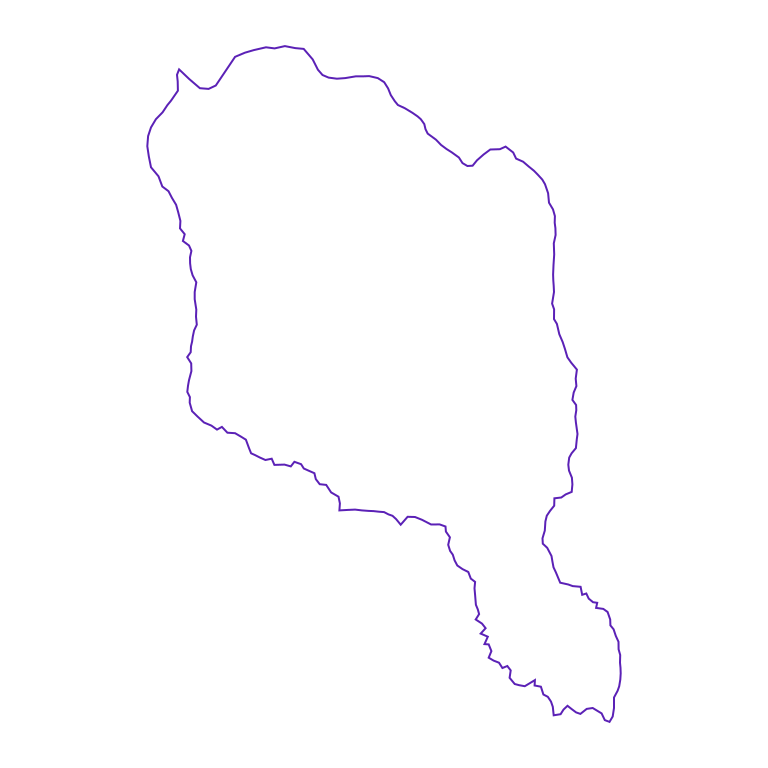 outline of Alexânia, Goiás, Brazil
{"feature_id": "56859067B77264834644366", "entity_name": "Alexânia", "entity_type": "district", "adm_level": 2, "iso_a3": "BRA", "parent_name": "Brazil", "parent_adm1": "Goiás", "projection": "robinson", "projection_center": [-48.46, -16.12], "detail": "fine", "context": "isolated", "style": "outline", "palette": "violet", "viewbox_px": 768, "rotation_deg": 0, "n_neighbors": 0, "source": "geoboundaries", "source_scale": "gbopen_adm2", "svg_char_len": 3578}
<svg xmlns="http://www.w3.org/2000/svg" viewBox="0 0 768 768"><path d="M488.7,657.7L493.6,660.6L499.0,662.7L502.4,668.0L507.3,666.0L510.7,670.4L509.6,677.8L514.7,684.0L519.2,685.2L524.8,686.2L534.9,680.1L534.6,685.5L540.9,686.7L543.4,694.5L547.8,696.8L551.0,701.6L552.8,706.8L553.7,715.3L560.6,714.2L563.5,709.6L567.5,705.8L571.7,709.1L576.1,712.4L580.4,713.9L586.7,708.9L592.7,708.0L601.6,713.4L604.8,720.1L609.5,721.9L612.7,716.5L614.0,708.0L614.0,697.5L617.6,690.8L619.2,686.3L620.3,679.6L620.7,673.4L620.5,667.8L620.0,662.7L620.2,655.0L618.6,649.3L618.5,641.8L615.8,635.9L613.6,629.3L610.4,625.4L610.2,619.5L607.6,612.0L603.3,608.9L596.1,607.9L597.2,602.8L593.0,602.2L588.7,598.6L586.3,593.5L582.2,594.8L580.6,586.8L572.7,586.1L568.3,584.5L560.2,582.7L555.9,572.4L553.5,567.3L552.4,561.4L551.5,556.0L547.2,547.8L542.8,543.7L542.5,538.3L544.8,530.6L545.4,521.4L546.8,515.7L550.1,510.8L554.2,505.7L554.4,498.3L561.3,497.5L565.7,494.4L571.7,491.9L572.4,484.4L571.9,477.7L569.0,470.6L568.3,464.7L569.2,457.6L571.6,453.3L575.9,448.1L576.8,439.2L577.5,434.0L575.9,422.5L575.3,416.6L576.3,410.1L576.1,405.0L572.4,399.9L573.7,392.5L576.4,386.1L575.7,378.6L576.9,369.6L571.2,362.7L567.4,357.3L565.0,349.1L562.7,342.1L559.3,334.2L556.9,323.9L554.0,319.1L554.1,309.3L552.1,303.6L554.0,292.0L553.7,285.9L553.3,280.4L553.1,274.6L553.5,265.1L554.2,254.5L553.8,243.3L555.6,235.0L555.4,228.1L554.7,222.7L554.9,216.1L553.0,209.4L549.0,202.7L548.1,193.2L545.0,184.2L542.3,179.6L538.1,175.0L534.1,170.9L528.7,166.5L523.1,161.7L516.1,158.6L513.2,152.5L505.6,146.6L499.9,149.2L490.3,149.5L483.6,154.5L477.0,160.3L472.6,165.7L467.4,166.0L462.5,163.1L458.9,157.5L451.7,152.3L446.5,149.0L441.0,144.9L436.0,139.7L427.7,133.6L425.5,129.2L424.3,124.1L420.8,119.2L417.6,116.4L412.4,112.8L404.8,108.2L397.9,105.0L394.8,101.2L390.8,95.1L388.1,88.4L384.2,82.2L377.8,78.1L369.2,76.1L364.0,76.3L356.0,76.3L345.2,78.1L336.9,78.7L328.6,77.6L322.5,75.0L317.9,69.7L312.7,59.4L303.7,48.9L295.2,48.1L284.9,46.1L274.6,48.4L266.0,47.3L253.8,50.1L244.9,52.7L235.1,56.8L215.8,85.5L208.6,88.9L199.9,88.2L189.4,79.2L179.1,69.4L177.0,74.8L177.7,81.4L177.9,90.7L171.0,100.7L167.4,105.1L162.6,112.3L155.9,119.2L151.0,127.4L148.1,136.1L147.3,146.2L148.8,156.3L151.0,167.3L158.5,176.3L162.3,186.5L168.5,191.2L171.9,197.8L176.1,204.8L178.2,212.2L180.4,220.9L180.0,228.4L184.7,234.2L182.9,241.0L189.0,245.5L191.4,250.9L190.0,257.3L190.1,263.3L190.8,269.1L192.6,275.3L196.3,282.3L194.7,292.0L194.7,299.2L196.3,309.6L196.0,316.7L196.8,324.7L194.1,330.4L192.8,336.5L192.1,341.6L191.0,346.2L190.7,352.2L187.2,357.1L191.2,363.4L191.4,371.1L189.0,380.2L188.0,385.8L187.3,391.9L189.9,397.1L189.7,402.7L192.1,411.2L197.6,416.6L204.0,422.5L211.4,425.6L217.0,429.6L221.9,426.9L227.4,432.7L235.1,433.2L241.4,436.9L245.9,439.7L249.0,448.1L251.1,453.3L255.1,455.1L259.6,457.4L265.4,460.0L271.7,458.7L274.4,464.9L284.5,464.6L290.8,466.4L294.4,461.8L301.1,464.2L303.8,468.5L308.9,470.8L314.4,473.2L315.8,479.1L319.7,484.2L326.2,484.9L331.1,492.4L338.5,496.7L339.9,503.4L339.4,510.4L348.3,509.9L355.1,509.6L361.9,510.4L368.6,510.9L373.5,511.1L378.9,511.7L384.1,512.1L388.5,514.4L392.5,515.8L396.1,519.1L400.7,524.7L407.6,516.8L415.0,517.0L422.0,519.8L431.1,524.5L439.6,524.4L445.5,526.5L445.9,531.6L449.9,537.3L448.2,544.8L450.1,550.9L452.8,554.7L454.6,560.4L457.3,565.5L462.5,569.1L468.3,572.0L470.8,578.6L475.1,581.9L474.5,588.3L475.1,595.0L475.9,604.8L477.8,609.4L479.1,614.1L475.7,619.5L482.0,623.6L485.6,628.2L480.7,633.6L487.8,636.7L484.5,644.1L488.7,644.4L491.4,651.1L488.7,657.7Z" fill="none" stroke="#5b21b6" stroke-width="2"/></svg>